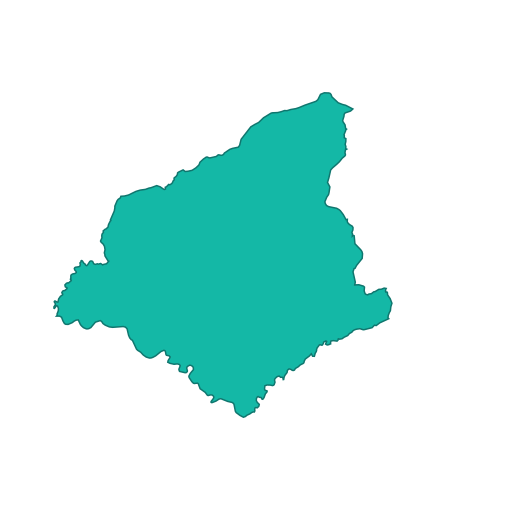 Marcabeli, El Oro, Ecuador (Equal Earth projection), rotated 40°
{"feature_id": "8360857B87513516698723", "entity_name": "Marcabeli", "entity_type": "district", "adm_level": 2, "iso_a3": "ECU", "parent_name": "Ecuador", "parent_adm1": "El Oro", "projection": "equal_earth", "projection_center": [-79.934, -3.773], "detail": "fine", "context": "isolated", "style": "filled", "palette": "teal", "viewbox_px": 512, "rotation_deg": 40, "n_neighbors": 0, "source": "geoboundaries", "source_scale": "gbopen_adm2", "svg_char_len": 6150}
<svg xmlns="http://www.w3.org/2000/svg" viewBox="0 0 512 512"><g transform="rotate(40 256 256)"><path d="M182.6,129.2L180.5,132.1L176.4,135.9L175.7,136.9L172.9,145.3L172.2,152.0L170.5,156.0L169.0,160.4L169.6,176.2L172.3,181.7L172.5,184.0L168.8,188.7L167.4,191.1L165.6,197.4L165.8,199.0L165.4,200.4L164.6,201.3L162.5,202.4L162.0,202.9L161.6,205.3L157.7,210.4L157.1,210.9L154.9,211.6L154.3,212.3L153.4,215.5L152.8,220.2L153.7,222.6L153.7,223.7L153.3,227.1L152.0,231.4L149.5,234.7L147.4,236.8L144.8,236.9L142.7,241.6L142.5,242.7L143.3,244.0L143.6,245.2L143.6,246.7L143.1,248.7L143.3,249.2L144.4,250.1L144.2,251.4L144.8,253.4L144.9,254.7L144.2,256.8L143.1,257.3L142.9,260.4L142.3,261.7L143.6,262.9L143.1,263.9L142.5,264.2L138.1,264.6L134.7,265.9L131.6,271.3L130.4,272.7L128.5,276.0L124.9,280.0L122.5,283.7L119.1,291.3L116.6,294.7L114.1,297.1L114.7,298.6L114.0,301.3L114.1,303.0L115.8,308.5L116.9,309.8L118.5,312.6L121.3,322.0L122.0,322.1L122.1,323.8L122.7,326.3L123.1,327.4L124.0,328.7L123.8,331.4L123.2,332.6L122.8,335.1L123.9,335.9L124.0,338.2L124.9,339.7L126.3,341.1L127.3,344.5L128.5,345.0L131.2,345.1L133.7,346.0L136.3,348.2L137.8,351.1L139.4,352.1L140.2,353.0L145.9,354.9L146.5,354.7L146.5,358.0L144.6,360.5L144.2,361.4L141.8,361.6L140.5,363.6L139.4,364.0L138.6,365.4L137.7,366.0L136.5,366.2L134.4,365.2L133.4,365.4L132.5,366.2L132.2,367.0L132.7,371.0L132.6,372.2L131.3,372.5L130.2,372.0L128.7,372.2L126.3,371.4L125.4,371.5L125.1,372.3L125.7,373.0L125.6,374.5L127.1,375.7L127.6,377.2L127.1,378.2L124.9,380.7L124.7,381.3L124.8,382.3L126.1,383.2L128.2,383.5L128.9,384.1L128.8,385.4L127.1,387.6L126.7,388.7L126.6,389.7L127.8,391.4L128.5,391.8L128.5,392.5L129.0,393.3L130.0,393.2L130.3,393.7L129.7,397.1L128.8,397.8L128.3,398.8L128.2,401.0L129.7,402.2L131.8,401.9L132.2,402.5L131.7,405.3L130.6,406.7L130.5,407.6L130.9,409.0L132.4,409.4L132.8,410.0L132.1,412.6L132.4,415.7L133.9,418.6L133.4,419.1L131.0,419.6L130.7,420.0L130.9,420.8L132.9,421.5L133.6,422.4L133.9,424.9L134.9,425.9L135.3,425.7L135.1,422.5L135.3,422.1L136.3,422.0L138.3,423.1L139.8,425.1L140.9,428.4L141.8,429.0L141.8,430.3L144.2,428.3L146.4,427.9L149.8,429.8L152.7,430.9L154.2,430.6L156.1,429.1L158.1,425.1L158.6,422.7L159.4,420.8L160.9,419.2L165.6,421.4L167.3,421.7L169.9,421.8L172.8,420.9L173.7,420.2L174.6,419.1L175.5,417.0L175.5,409.9L178.2,405.6L179.9,405.4L182.2,406.1L184.9,405.9L189.2,404.6L192.0,402.8L199.6,395.4L201.7,394.4L204.0,394.6L209.3,398.6L211.9,399.9L214.2,400.3L215.5,400.0L224.4,404.2L226.1,404.3L229.5,403.8L233.2,404.3L236.8,404.0L239.9,402.7L241.1,401.6L242.1,400.0L243.3,397.0L244.6,390.3L246.1,387.4L247.0,387.1L248.0,387.4L250.3,389.3L251.2,389.6L253.7,388.3L255.1,388.5L255.4,389.2L255.9,392.6L256.7,394.1L259.1,393.5L262.8,391.6L265.1,389.2L266.9,388.4L268.3,388.6L268.7,389.3L269.7,392.3L271.0,393.3L271.7,393.5L276.3,391.2L277.4,390.4L277.7,388.8L277.3,388.1L275.3,386.7L274.6,385.8L274.5,384.6L275.3,382.4L276.2,381.7L277.7,381.4L278.7,381.4L279.8,381.9L281.1,383.3L281.1,388.3L281.8,391.2L282.9,392.1L287.6,393.5L289.7,393.7L290.6,393.4L292.9,391.0L293.8,390.9L298.5,393.6L304.8,393.1L308.0,393.9L309.0,393.7L310.3,391.8L311.5,390.8L313.0,390.6L314.3,391.1L314.7,391.6L315.0,393.3L315.1,396.3L315.7,397.0L316.5,396.7L318.6,392.9L319.6,389.5L320.8,387.9L327.8,385.6L331.7,383.6L332.7,383.4L334.4,383.7L340.0,388.2L341.5,388.7L346.3,388.4L350.0,387.6L351.1,385.7L351.4,383.8L352.8,380.8L353.4,378.5L354.2,377.1L355.0,376.6L354.7,375.4L353.4,374.1L352.9,373.1L353.3,372.1L354.5,371.6L354.8,369.5L354.0,367.7L353.1,367.4L351.3,367.4L349.2,366.6L347.9,364.9L347.6,362.9L347.9,362.3L349.3,362.1L351.0,361.1L352.5,361.8L353.0,361.6L353.3,361.4L353.2,359.4L351.8,355.6L351.8,353.2L351.4,352.4L351.0,352.2L349.5,353.0L348.1,352.5L346.2,349.7L347.4,347.7L349.9,345.7L351.9,344.7L352.5,343.8L352.6,342.9L351.7,340.5L349.9,339.1L349.4,337.8L349.6,335.4L350.2,334.0L350.9,333.1L352.8,333.1L354.1,332.0L354.8,332.0L356.3,333.2L356.6,332.8L355.6,331.1L354.9,329.2L354.7,325.4L354.3,324.5L353.7,323.9L353.6,322.8L353.9,321.2L355.8,320.4L357.3,320.3L358.4,319.5L358.8,318.6L358.5,317.1L358.7,316.1L359.6,313.6L359.9,311.0L361.2,308.0L361.3,307.0L360.5,305.4L360.0,303.2L361.2,298.2L361.2,295.4L363.8,296.4L365.2,295.3L363.9,292.5L363.6,290.6L363.2,289.5L362.6,288.9L361.9,287.1L361.7,283.4L362.1,282.8L363.5,282.2L364.1,281.5L363.9,280.2L363.2,278.3L364.1,276.2L365.0,276.0L365.9,278.8L367.7,278.4L368.8,277.1L369.2,276.0L369.7,275.4L368.4,273.9L368.1,272.8L369.8,271.0L372.8,269.1L372.9,267.6L372.3,266.8L372.5,266.3L373.4,266.1L375.1,264.1L375.8,261.4L377.4,258.0L377.4,255.3L378.4,252.8L378.3,251.4L378.8,249.4L380.0,247.5L382.3,244.9L385.5,243.6L386.3,242.8L391.0,236.3L391.2,232.9L392.8,232.0L393.8,227.6L398.0,218.7L396.8,218.5L395.5,216.5L394.5,213.6L394.1,211.5L391.9,208.2L390.5,204.8L386.1,202.4L381.8,201.2L380.1,199.5L379.4,199.4L378.6,200.2L377.8,199.7L376.8,198.1L376.6,197.2L374.8,198.2L373.3,201.0L371.5,202.6L370.1,206.7L369.2,207.8L368.6,210.7L366.9,212.6L366.6,213.9L364.7,214.8L363.7,214.7L361.3,213.2L359.1,210.1L357.7,210.0L353.3,211.9L350.2,214.7L348.9,212.2L340.5,205.8L339.2,202.6L339.8,201.8L339.1,198.6L338.9,189.6L336.2,185.8L334.3,184.5L332.2,183.9L323.9,183.0L318.2,177.4L317.1,177.7L317.0,178.8L315.8,177.1L314.3,176.3L313.5,173.8L312.1,171.9L310.6,171.3L307.3,171.8L304.7,171.5L303.7,170.9L302.4,169.2L301.6,170.3L296.3,168.2L291.5,167.1L289.7,167.1L287.1,167.6L279.9,171.5L277.6,172.0L275.4,171.3L273.9,170.2L272.4,165.5L272.1,162.4L271.3,160.7L268.2,155.6L263.5,153.7L261.6,149.3L257.9,142.1L258.0,139.2L258.9,133.8L259.3,130.2L259.2,125.6L259.8,122.3L259.6,121.2L258.9,120.4L258.0,120.0L256.3,117.3L256.8,115.8L255.7,116.1L254.5,114.4L252.5,113.1L251.3,110.7L249.4,108.3L247.6,108.7L246.2,106.9L245.5,106.6L244.0,102.1L243.6,101.7L243.8,100.6L242.7,100.7L239.9,98.3L236.3,97.2L235.3,96.5L233.6,92.5L232.4,90.7L232.3,89.1L235.1,84.5L235.4,83.5L235.7,81.1L227.8,82.9L224.9,84.3L220.5,85.8L211.9,85.3L209.6,84.0L208.2,83.8L207.0,84.3L203.4,87.1L201.5,90.7L202.9,96.4L202.6,98.6L201.9,100.0L196.5,109.0L193.6,114.6L191.8,117.5L188.5,121.4L186.3,124.8L184.4,126.2L182.6,129.2Z" fill="#14b8a6" stroke="#0f766e" stroke-width="1.5"/></g></svg>